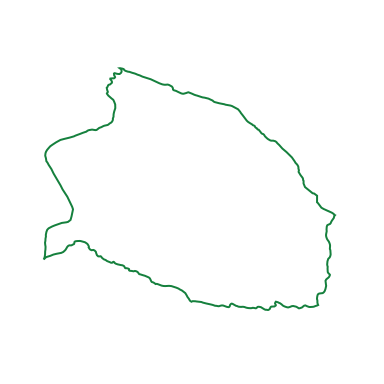 outline of Valle De San Jose, Santander, Colombia, rotated 101°
{"feature_id": "7082276B63653740618542", "entity_name": "Valle De San Jose", "entity_type": "district", "adm_level": 2, "iso_a3": "COL", "parent_name": "Colombia", "parent_adm1": "Santander", "projection": "equal_earth", "projection_center": [-73.106, 6.434], "detail": "fine", "context": "isolated", "style": "outline", "palette": "green", "viewbox_px": 384, "rotation_deg": 101, "n_neighbors": 0, "source": "geoboundaries", "source_scale": "gbopen_adm2", "svg_char_len": 5953}
<svg xmlns="http://www.w3.org/2000/svg" viewBox="0 0 384 384"><g transform="rotate(101 192 192)"><path d="M278.9,46.6L277.6,47.4L276.6,47.8L275.1,48.1L274.1,48.4L273.2,48.9L271.3,49.1L269.7,49.1L268.5,48.9L267.4,47.8L266.3,44.4L265.3,43.5L264.1,42.9L261.9,42.5L258.5,42.4L257.4,42.8L253.7,44.0L252.3,43.6L251.1,42.7L250.2,41.9L249.3,41.3L248.3,41.0L247.4,40.8L246.8,40.9L245.5,42.8L244.6,43.5L241.4,44.3L239.3,44.6L238.7,45.0L237.3,45.5L234.2,45.8L231.6,45.5L230.0,44.4L229.3,44.2L228.1,44.0L226.8,44.0L222.7,45.1L221.6,45.8L218.4,46.2L217.2,46.6L216.1,47.2L214.6,48.2L213.1,49.8L212.2,50.6L210.3,51.7L208.8,52.2L207.6,52.3L205.6,52.3L204.8,52.3L203.0,52.8L200.4,53.1L198.9,52.9L198.4,52.4L197.0,50.4L196.1,49.9L195.3,49.8L193.4,49.2L190.6,47.9L188.3,47.7L187.8,47.4L187.8,47.8L187.1,47.8L186.1,49.6L185.6,50.9L183.6,59.4L182.7,62.0L178.9,66.2L178.2,67.3L171.8,68.5L170.2,71.8L170.2,73.4L165.6,82.0L162.4,84.1L159.8,84.6L159.1,85.2L158.0,85.5L156.9,86.2L155.7,87.6L154.6,88.8L152.5,90.7L151.9,91.2L150.2,91.2L148.7,92.0L148.0,92.1L146.6,92.6L145.1,93.9L143.5,96.1L142.5,96.9L139.0,100.5L134.8,106.8L132.1,111.6L129.2,115.4L127.8,117.6L126.9,118.6L126.3,119.9L126.1,122.1L126.5,124.2L126.4,125.1L125.6,127.4L125.1,128.4L123.5,130.9L122.1,132.2L121.6,133.0L121.4,134.4L120.8,135.4L119.8,136.4L118.1,138.5L118.1,139.4L117.8,139.9L117.1,140.5L116.7,141.7L116.3,142.3L115.4,142.9L115.0,143.7L114.8,145.0L114.6,145.3L114.3,145.6L113.2,148.6L112.4,150.5L111.5,151.9L106.9,157.0L105.2,159.0L103.9,160.2L102.0,162.6L100.0,169.1L99.8,170.7L99.9,175.7L99.7,177.0L99.7,182.1L99.4,186.9L99.2,187.7L98.8,188.5L98.3,189.2L97.8,191.3L97.2,193.6L97.0,197.7L97.1,199.8L96.4,205.4L96.3,206.8L96.1,208.3L95.5,210.7L94.8,214.5L95.2,215.4L95.9,216.5L97.1,218.9L97.3,219.7L97.3,220.8L97.2,221.6L96.3,225.2L95.8,226.9L95.6,229.1L95.3,229.9L95.0,230.2L93.7,230.6L92.8,231.3L92.3,231.9L91.8,233.4L91.3,235.0L91.2,236.0L91.2,236.5L91.8,238.5L92.0,239.8L92.0,241.7L91.5,244.8L89.2,254.0L88.2,262.7L87.5,265.5L87.2,268.0L86.8,269.7L86.6,270.9L86.4,273.5L86.0,276.3L86.1,277.8L85.9,279.6L85.7,280.7L85.0,282.0L84.4,282.5L84.2,283.8L84.2,286.3L84.3,286.6L85.1,284.9L86.6,284.2L87.5,284.1L88.6,284.4L90.0,285.6L90.2,286.8L90.3,288.3L90.1,290.6L90.6,291.2L92.3,290.7L93.3,289.8L93.9,289.4L94.7,289.7L95.3,290.3L95.7,292.2L96.2,293.8L96.8,293.8L97.5,292.9L98.3,292.1L99.3,291.5L100.1,291.5L102.1,293.0L102.6,294.1L103.3,294.7L105.0,295.0L106.0,295.6L108.3,294.6L109.8,293.7L110.5,293.9L111.4,294.4L111.9,294.1L113.3,292.6L115.6,288.7L116.5,286.9L118.1,285.7L120.7,284.1L124.3,283.3L127.7,283.7L129.9,283.8L131.4,283.7L133.1,283.4L134.9,283.7L135.8,283.5L136.8,283.5L138.2,283.9L139.4,284.7L140.5,286.0L141.6,286.8L142.3,287.6L143.7,290.8L144.6,292.1L145.6,293.3L146.8,295.3L149.3,297.5L149.7,298.7L149.8,302.0L150.9,304.9L151.7,306.2L152.9,307.2L154.7,310.4L156.3,312.9L158.9,317.2L159.9,318.5L162.0,322.6L164.3,327.6L166.0,331.1L169.1,334.8L172.3,338.1L174.2,339.9L176.4,341.2L178.4,342.3L180.4,343.0L181.9,343.2L184.4,343.0L186.8,341.8L189.6,340.8L190.7,339.5L192.7,337.9L196.3,334.4L200.3,331.4L210.6,322.3L214.2,319.5L220.4,313.5L229.4,306.8L231.7,305.5L239.0,305.6L242.6,305.9L245.0,308.0L245.7,309.5L247.2,313.9L251.0,320.4L252.6,322.8L255.0,325.8L256.7,326.9L259.0,327.3L262.0,327.3L263.6,326.9L265.9,326.9L267.9,326.6L269.8,326.6L271.8,326.0L273.7,325.3L276.4,324.9L278.4,324.8L281.5,324.3L284.2,324.2L286.5,324.7L284.3,323.2L283.6,322.5L281.7,318.9L279.9,316.2L278.6,313.4L278.1,312.2L276.7,308.7L275.4,306.9L273.5,305.5L272.6,305.0L269.5,303.9L268.5,303.2L268.0,302.6L267.7,302.0L267.5,300.5L267.1,299.8L266.0,298.5L265.8,298.1L265.4,297.8L263.4,297.8L262.7,297.2L262.1,295.5L261.5,293.0L261.4,291.9L261.7,287.9L261.9,287.0L262.4,285.9L262.9,284.8L263.7,284.0L264.5,283.3L265.4,282.8L266.0,282.7L266.2,282.8L267.5,281.6L268.0,280.8L268.3,279.3L268.0,278.7L267.7,277.7L268.0,276.5L269.0,275.0L270.1,274.5L272.1,273.3L273.0,271.9L273.0,271.0L272.8,270.3L272.5,269.4L272.9,268.7L273.7,267.9L274.4,266.7L275.0,265.4L275.2,263.9L276.0,262.2L276.6,259.0L276.9,257.9L276.7,257.0L276.2,256.3L275.8,256.2L275.5,255.6L275.8,254.9L276.5,254.2L276.9,253.2L277.2,251.2L277.3,247.7L277.2,246.6L277.4,245.5L277.6,244.8L278.1,244.2L279.0,243.5L279.4,243.1L279.5,242.5L279.3,242.0L279.3,240.3L279.7,239.1L280.9,238.8L281.2,238.0L281.0,236.0L281.0,234.2L280.8,233.8L280.4,233.0L280.4,231.9L280.6,231.1L280.8,230.4L281.4,229.5L282.4,228.5L282.7,228.0L282.7,227.1L283.0,224.6L283.2,222.3L284.1,218.2L284.5,217.4L284.9,216.8L287.6,214.8L288.0,214.3L288.2,212.5L288.9,210.9L289.3,210.2L289.1,209.8L288.9,208.9L289.0,207.9L289.7,203.9L289.7,201.9L289.4,200.1L288.5,196.6L288.3,194.2L288.9,189.2L289.4,186.7L289.9,185.6L290.6,183.1L292.5,179.3L294.6,177.4L295.9,176.4L297.4,174.7L298.3,174.0L299.4,172.8L299.8,171.5L299.4,171.1L299.0,170.4L298.6,167.7L298.6,166.8L298.2,161.8L298.5,160.2L298.7,156.8L298.8,152.2L298.9,150.1L299.3,147.5L299.1,146.9L299.1,144.6L299.0,143.8L298.1,142.2L297.6,140.9L297.5,139.7L298.1,135.9L298.1,134.6L298.0,133.9L297.6,133.5L297.1,133.2L295.7,133.1L294.6,132.5L294.1,132.0L294.0,131.3L294.1,130.7L295.3,127.2L295.4,125.7L295.7,124.6L295.6,123.1L295.4,121.7L295.1,120.9L294.9,119.5L294.9,118.6L295.2,116.5L295.2,114.9L295.1,113.9L294.8,111.9L294.3,110.6L294.1,110.3L294.0,109.5L294.0,107.2L293.8,106.8L293.1,106.2L292.3,105.7L292.0,105.0L291.9,104.1L291.9,102.4L293.3,98.7L293.6,97.5L293.4,96.7L293.4,95.6L293.3,94.8L293.1,94.4L292.1,93.4L291.4,93.2L290.8,93.1L289.9,92.8L289.4,92.3L288.6,89.2L287.4,88.1L286.9,88.2L285.6,89.2L284.8,89.2L283.7,88.8L283.7,88.1L283.9,86.4L284.2,85.5L284.4,84.4L285.2,82.6L286.1,81.2L286.4,80.4L286.6,79.6L286.8,78.6L287.0,76.9L287.0,75.7L286.6,74.8L286.0,73.7L285.1,72.4L284.6,71.0L284.7,68.0L284.9,67.2L285.8,64.9L285.6,64.2L284.5,62.2L284.0,61.7L282.8,60.8L282.1,60.1L281.7,59.0L282.1,57.6L282.3,56.5L282.5,55.1L282.4,54.2L281.6,51.2L281.2,50.3L280.4,49.1L279.6,47.6L278.9,46.6Z" fill="none" stroke="#15803d" stroke-width="2"/></g></svg>